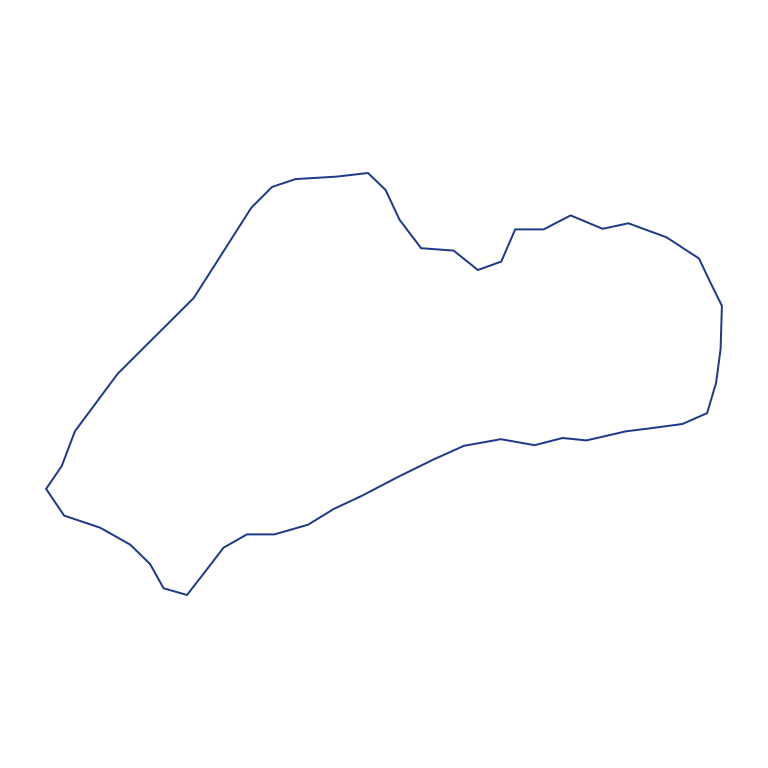 Toritama, Pernambuco, Brazil (Equal Earth projection)
{"feature_id": "56859067B57847263515517", "entity_name": "Toritama", "entity_type": "district", "adm_level": 2, "iso_a3": "BRA", "parent_name": "Brazil", "parent_adm1": "Pernambuco", "projection": "equal_earth", "projection_center": [-36.051, -8.001], "detail": "fine", "context": "isolated", "style": "outline", "palette": "blue", "viewbox_px": 768, "rotation_deg": 0, "n_neighbors": 0, "source": "geoboundaries", "source_scale": "gbopen_adm2", "svg_char_len": 747}
<svg xmlns="http://www.w3.org/2000/svg" viewBox="0 0 768 768"><path d="M699.0,258.5L666.5,237.3L628.3,223.3L602.6,228.8L570.6,215.4L543.6,229.4L515.2,229.4L501.3,261.5L477.9,270.0L453.6,250.6L421.1,248.2L399.5,219.7L385.6,190.0L368.0,173.0L336.9,176.6L295.5,179.1L272.1,186.9L251.4,207.6L193.8,297.9L117.7,373.7L74.9,431.3L61.8,465.9L46.1,488.9L64.1,515.6L100.1,527.7L130.3,544.7L150.1,564.1L163.6,588.3L187.0,595.0L207.7,568.3L223.5,547.7L246.9,534.4L274.4,534.4L308.1,524.7L333.8,508.9L362.2,495.6L398.2,476.8L432.8,459.8L463.9,445.8L500.8,439.2L534.6,445.2L562.5,438.0L586.4,440.4L626.0,431.3L650.3,428.3L682.3,424.0L707.1,413.1L716.1,382.8L720.6,348.8L721.9,305.8L710.2,282.1L699.0,258.5Z" fill="none" stroke="#1e3a8a" stroke-width="2"/></svg>